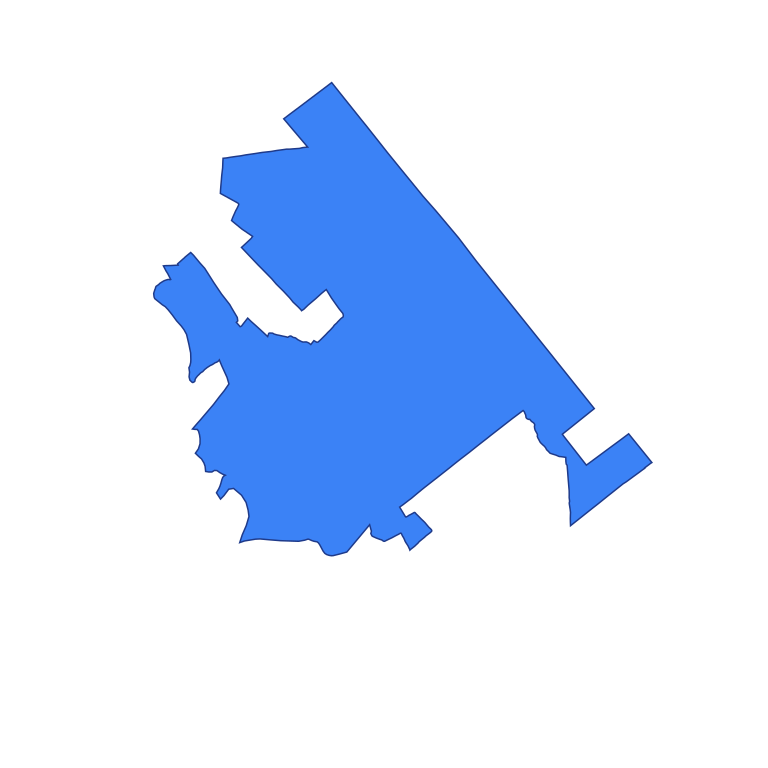 outline of Osica De Jos, Olt, Romania, rotated 216°
{"feature_id": "2599482B95058280592658", "entity_name": "Osica De Jos", "entity_type": "district", "adm_level": 2, "iso_a3": "ROU", "parent_name": "Romania", "parent_adm1": "Olt", "projection": "natural_earth1", "projection_center": [24.282, 44.226], "detail": "fine", "context": "isolated", "style": "filled", "palette": "blue", "viewbox_px": 768, "rotation_deg": 216, "n_neighbors": 0, "source": "geoboundaries", "source_scale": "gbopen_adm2", "svg_char_len": 5763}
<svg xmlns="http://www.w3.org/2000/svg" viewBox="0 0 768 768"><g transform="rotate(216 384 384)"><path d="M603.5,597.1L611.6,570.4L616.1,555.6L618.6,547.6L621.0,539.6L606.4,536.0L585.0,530.8L588.5,527.7L590.9,524.9L595.4,521.1L598.8,518.2L601.0,516.6L604.0,513.7L608.1,509.8L612.1,505.7L618.6,499.8L623.8,494.6L627.3,491.2L630.6,488.0L634.0,484.4L637.3,481.3L641.9,476.8L644.2,474.4L646.9,472.0L646.6,471.6L645.6,470.0L641.6,464.0L637.6,456.9L635.5,453.5L632.5,448.5L630.3,444.9L628.4,442.0L615.8,443.6L608.5,444.5L607.2,444.2L606.7,442.8L606.1,439.5L605.8,436.9L605.2,434.2L604.4,430.4L603.4,426.6L598.6,426.3L589.8,425.8L577.1,426.2L577.0,423.9L578.6,415.5L579.6,410.7L555.9,406.3L552.7,405.8L540.7,403.8L536.6,403.1L529.9,401.5L524.7,400.7L520.1,400.0L510.8,398.2L505.7,396.8L498.7,395.9L494.8,395.2L493.8,394.8L492.8,397.3L491.8,403.1L490.0,410.4L489.4,412.9L488.3,418.2L487.8,420.6L486.7,424.9L486.2,426.5L477.1,422.7L469.8,420.2L464.4,418.4L458.8,416.9L457.3,415.7L456.5,414.3L457.3,411.6L458.0,406.9L458.1,405.4L458.5,403.7L458.8,402.1L458.7,400.7L458.9,398.7L459.2,395.9L459.8,392.6L460.1,389.9L460.4,388.1L460.7,386.2L461.4,381.9L462.0,379.2L462.8,378.3L464.3,378.1L466.2,377.9L466.4,372.9L468.8,373.0L470.4,372.7L471.5,372.4L473.1,371.2L474.2,370.3L475.9,369.8L477.8,369.5L479.1,369.3L479.7,369.2L482.2,369.3L483.0,369.2L483.9,368.8L484.6,368.4L485.3,368.3L486.9,368.2L487.4,368.1L487.8,367.9L488.4,367.3L489.1,365.9L489.2,365.4L489.4,365.3L489.6,365.0L489.9,364.9L490.3,364.9L491.8,364.3L493.7,363.4L497.0,362.0L499.5,360.8L502.4,359.8L503.9,359.7L506.4,358.1L507.0,357.2L506.0,354.0L514.8,355.1L522.0,355.9L528.2,356.5L533.0,357.2L533.3,349.2L533.3,347.1L534.1,345.8L539.7,347.1L539.4,349.1L541.8,351.6L552.0,356.0L555.5,357.6L564.2,360.1L568.4,361.3L581.6,366.1L590.9,369.8L597.0,372.2L604.0,373.7L613.8,376.2L617.7,376.8L619.5,369.9L619.8,368.0L620.1,366.9L621.6,359.9L620.4,359.2L625.9,354.7L630.6,351.1L631.9,349.9L626.7,347.3L623.9,346.2L618.0,343.2L618.4,342.6L619.5,342.1L620.2,341.6L620.6,341.1L621.5,339.9L622.6,338.3L623.5,336.3L624.6,333.4L624.7,332.2L625.8,329.0L625.6,328.0L625.1,326.9L624.8,325.5L623.9,322.8L623.5,321.8L621.3,319.4L620.8,319.0L619.6,318.3L615.6,318.1L609.9,317.8L606.4,318.0L602.3,317.2L595.8,315.4L589.0,313.2L582.3,311.8L577.8,310.4L572.9,308.1L568.6,304.4L564.8,301.1L562.0,298.5L558.7,295.5L554.6,290.2L553.0,287.7L551.8,284.8L551.4,282.5L548.3,279.3L545.9,275.2L543.3,273.0L540.5,272.6L539.5,272.8L539.2,273.4L538.8,274.2L538.7,274.7L538.7,275.2L539.0,275.8L539.5,276.7L539.6,277.4L539.7,278.1L539.6,280.9L539.2,283.0L539.0,284.5L538.8,285.4L538.4,286.5L538.0,287.2L537.9,287.8L537.7,289.5L537.6,290.4L537.3,291.3L536.8,293.2L535.3,297.1L534.9,297.7L534.5,298.3L534.3,298.9L533.7,300.2L533.4,301.3L533.1,301.9L532.2,303.3L531.7,304.4L531.4,305.6L531.4,306.7L526.2,303.5L514.9,297.1L509.5,292.9L509.3,284.8L509.7,276.9L509.9,267.4L511.5,246.4L511.8,243.5L512.1,240.1L512.5,235.0L510.4,236.1L508.3,237.5L506.3,236.8L503.3,234.4L500.6,231.6L497.7,227.5L496.0,222.4L495.9,217.1L491.7,216.5L487.5,216.1L483.3,214.3L480.4,212.3L476.9,208.4L474.1,209.8L471.5,211.7L470.4,214.4L468.2,215.8L465.0,215.8L461.6,216.2L458.8,216.9L459.4,215.6L459.6,213.7L458.9,211.2L457.6,207.8L456.7,205.0L456.1,202.3L455.6,197.5L448.6,194.8L447.9,199.7L447.8,207.6L444.3,211.1L433.9,210.3L425.9,207.1L419.8,202.1L415.4,197.5L412.2,188.5L410.0,178.6L407.5,170.9L404.6,175.0L396.7,183.0L393.2,185.8L385.5,190.4L375.5,196.5L360.6,206.6L356.3,211.1L354.6,213.5L353.7,214.2L350.4,214.9L348.2,215.6L345.3,217.0L343.6,216.9L341.6,216.2L335.0,213.0L332.4,212.2L330.2,212.3L327.7,213.1L325.7,214.1L324.3,215.2L320.1,220.2L315.3,226.2L312.9,261.7L308.8,258.4L307.8,257.7L307.2,256.4L306.7,255.2L305.7,254.7L304.7,254.1L303.8,254.0L299.9,254.8L295.6,256.0L294.4,256.5L292.5,256.5L291.6,256.7L291.0,257.2L289.0,261.0L287.2,264.3L285.1,268.7L284.0,270.8L283.0,273.0L282.5,273.3L281.8,273.1L280.1,272.1L278.7,271.5L277.3,270.9L275.6,269.9L274.7,269.3L273.4,268.7L271.9,268.1L270.5,267.6L269.1,267.0L267.7,266.2L266.2,265.4L265.4,264.8L265.2,266.1L265.0,266.7L264.4,268.8L263.8,270.9L263.6,272.1L263.0,275.1L262.9,277.0L262.5,278.6L261.8,281.3L261.1,283.9L260.8,285.7L260.2,287.7L259.2,291.0L258.9,292.6L259.0,293.3L259.8,293.9L261.1,294.2L263.6,294.5L269.6,296.0L274.7,296.7L278.9,297.4L281.6,297.8L283.3,298.2L284.0,297.9L284.7,296.3L285.8,294.0L286.7,292.3L287.2,290.8L287.7,289.8L288.1,289.3L288.8,289.3L299.0,293.6L297.6,297.7L295.7,304.2L294.6,307.7L293.1,313.8L291.3,320.8L290.4,324.1L285.9,339.8L281.8,354.3L280.0,361.0L278.0,368.1L274.8,378.9L271.8,389.8L268.8,400.2L267.4,405.3L259.9,431.3L255.9,444.3L254.4,444.1L252.6,443.0L251.3,442.3L250.1,441.1L249.3,440.3L248.1,440.0L246.7,440.2L245.8,440.6L245.3,441.1L244.1,440.8L242.6,440.4L241.7,440.5L240.1,440.5L238.8,440.1L238.0,439.5L237.4,438.1L236.0,436.6L234.6,435.5L232.7,434.6L230.7,433.7L229.8,432.9L229.3,431.8L228.0,430.9L226.3,430.1L224.7,429.3L223.2,428.6L222.0,428.4L219.9,428.1L217.7,427.9L215.8,427.4L213.8,426.4L211.5,426.1L208.9,425.6L206.1,426.5L203.2,427.5L199.7,428.3L197.3,429.7L193.8,431.5L191.3,428.2L189.5,426.3L188.1,425.9L183.3,420.3L179.0,415.2L171.4,406.4L169.1,403.3L167.4,400.9L164.9,398.2L164.2,396.6L163.3,395.6L159.7,392.0L157.6,389.7L156.2,387.6L154.2,384.7L151.7,381.4L149.8,379.0L142.3,406.1L140.3,413.1L137.1,425.0L135.8,429.6L131.9,443.8L130.5,447.3L128.0,455.2L125.6,462.6L124.3,466.8L123.6,468.8L123.5,469.3L123.8,469.4L121.6,476.7L121.1,477.9L129.2,480.1L156.8,487.5L160.1,476.8L163.2,467.1L172.6,437.3L207.8,447.4L210.2,448.2L199.4,487.7L275.4,508.6L382.0,537.8L409.7,546.1L443.5,554.5L450.1,556.0L457.3,557.6L463.0,558.9L496.4,567.7L517.0,573.2L549.8,582.4L557.3,584.4L592.3,594.0L603.5,597.1Z" fill="#3b82f6" stroke="#1e3a8a" stroke-width="1.5"/></g></svg>